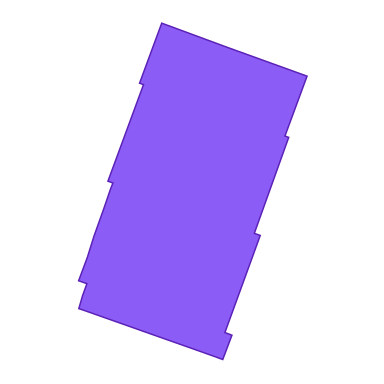 Sheridan, Nebraska, United States of America (Albers equal-area conic projection), rotated 20°
{"feature_id": "52423323B83294876539850", "entity_name": "Sheridan", "entity_type": "district", "adm_level": 2, "iso_a3": "USA", "parent_name": "United States of America", "parent_adm1": "Nebraska", "projection": "albers", "projection_center": [-102.456, 42.502], "detail": "fine", "context": "isolated", "style": "filled", "palette": "violet", "viewbox_px": 384, "rotation_deg": 20, "n_neighbors": 0, "source": "geoboundaries", "source_scale": "gbopen_adm2", "svg_char_len": 478}
<svg xmlns="http://www.w3.org/2000/svg" viewBox="0 0 384 384"><g transform="rotate(20 192 192)"><path d="M265.3,338.9L278.2,338.9L278.5,312.9L271.0,312.8L271.0,209.5L264.7,209.5L264.2,107.6L260.2,107.6L260.5,43.8L182.5,44.0L172.3,44.0L105.8,43.7L105.5,107.7L109.7,107.7L109.3,210.6L114.6,210.6L114.4,217.1L114.8,236.8L115.0,267.2L116.0,288.8L115.8,314.2L124.6,314.1L124.6,326.5L125.5,340.3L130.0,340.2L265.3,338.9Z" fill="#8b5cf6" stroke="#5b21b6" stroke-width="1.5"/></g></svg>